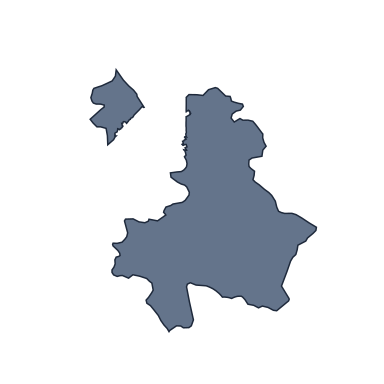 Rural Damascus, Rif Dimashq, Syria (Mercator projection), rotated 339°
{"feature_id": "27442178B80699161134092", "entity_name": "Rural Damascus", "entity_type": "district", "adm_level": 2, "iso_a3": "SYR", "parent_name": "Syria", "parent_adm1": "Rif Dimashq", "projection": "mercator", "projection_center": [36.292, 33.405], "detail": "fine", "context": "isolated", "style": "filled", "palette": "slate", "viewbox_px": 384, "rotation_deg": 339, "n_neighbors": 0, "source": "geoboundaries", "source_scale": "gbopen_adm2", "svg_char_len": 5549}
<svg xmlns="http://www.w3.org/2000/svg" viewBox="0 0 384 384"><g transform="rotate(339 192 192)"><path d="M197.5,155.8L198.1,160.3L197.5,163.8L195.9,166.5L194.4,167.5L192.1,168.6L189.4,169.1L188.6,168.9L185.2,167.9L178.7,166.4L177.7,170.7L181.9,177.4L184.8,180.7L187.6,182.9L188.9,185.4L189.4,191.3L188.1,193.8L182.6,197.4L179.2,198.2L169.9,196.4L167.4,197.0L162.3,196.7L159.2,199.4L158.2,200.8L158.9,202.5L159.3,204.1L149.5,206.6L142.1,202.0L140.8,203.6L137.0,203.8L131.8,200.9L127.4,196.0L120.2,193.5L118.6,194.8L117.3,207.1L115.0,210.4L112.3,212.1L108.7,213.8L103.7,213.1L100.0,211.5L99.1,212.5L99.0,214.1L101.8,219.9L102.6,223.2L102.1,225.5L100.4,225.9L97.9,225.6L95.7,227.7L94.5,231.6L92.2,234.2L89.4,236.1L88.5,238.4L89.1,241.3L91.9,244.0L94.8,244.3L97.1,245.0L101.9,249.7L107.2,248.1L109.3,249.5L111.1,250.6L113.3,252.1L118.7,256.5L120.3,260.1L121.9,262.6L120.6,269.7L118.3,271.6L113.7,274.8L110.4,276.5L110.0,279.7L112.5,283.2L114.1,288.1L116.3,295.2L116.9,301.0L118.2,306.2L119.9,310.5L120.5,314.1L121.6,313.3L129.6,311.4L133.5,313.1L135.3,315.7L140.5,317.5L143.4,316.7L147.5,311.9L150.2,293.8L152.9,278.6L154.6,276.4L157.9,276.1L162.4,280.3L171.5,284.6L172.3,285.2L173.0,285.9L173.8,286.6L174.5,287.3L175.1,287.9L175.8,288.7L176.5,289.4L177.1,290.2L177.7,291.0L178.3,291.9L178.9,292.7L179.4,293.6L179.9,294.5L180.4,295.4L180.9,296.3L181.3,297.2L181.7,298.2L182.1,299.1L182.4,300.1L182.7,301.0L183.8,301.4L184.3,301.6L185.0,301.8L185.5,302.1L186.1,302.4L187.1,302.9L188.1,303.5L189.0,304.1L189.5,304.5L190.0,304.9L190.9,305.6L191.6,305.5L192.2,305.5L192.8,305.4L193.4,305.4L194.0,305.4L194.7,305.4L195.3,305.5L195.9,305.5L196.5,305.6L197.1,305.7L197.8,305.9L198.4,306.1L200.6,306.9L201.6,308.2L202.9,311.5L204.0,316.8L209.0,319.9L212.6,324.0L216.8,323.7L221.6,327.0L225.6,331.6L228.5,333.2L243.1,328.3L244.2,327.1L244.4,326.2L241.8,311.9L252.3,300.1L259.2,291.9L262.7,289.1L266.5,287.6L269.5,283.6L271.8,279.6L280.6,278.6L283.4,276.3L290.2,274.0L293.9,272.3L295.5,269.5L290.4,263.0L285.3,255.8L281.0,250.4L277.6,247.7L270.8,245.2L268.0,243.2L265.9,241.0L265.7,236.5L266.5,230.4L265.2,223.8L263.6,220.2L260.6,215.5L257.2,209.2L254.6,205.4L253.3,202.4L255.9,198.8L257.8,195.0L255.4,191.1L254.4,188.7L255.0,186.2L256.7,182.6L260.3,181.8L270.1,183.7L273.1,178.3L277.6,175.8L277.0,171.5L277.4,166.8L278.9,163.2L278.5,162.1L276.4,154.6L275.5,151.6L274.1,147.7L271.1,145.7L270.1,145.0L265.2,143.2L263.1,140.6L256.5,141.8L255.0,137.0L257.5,133.6L262.3,132.3L266.5,132.9L270.6,130.5L270.6,128.0L267.2,125.9L263.3,123.0L261.4,121.2L261.8,118.3L261.8,116.4L257.8,114.5L253.1,104.4L251.2,102.9L244.1,102.4L239.6,104.5L236.9,105.8L231.3,102.9L224.1,100.0L220.5,101.6L220.3,102.3L219.5,104.3L218.4,107.2L215.9,113.5L215.5,114.5L215.4,115.0L216.0,114.8L216.8,114.6L217.8,114.3L218.0,114.8L218.3,115.5L218.6,115.4L218.6,115.5L218.8,116.2L218.8,116.3L218.5,116.4L218.6,116.7L218.6,117.1L219.0,118.0L218.9,118.2L218.7,118.2L218.5,118.3L218.3,118.2L218.0,118.3L218.0,119.0L217.1,119.1L215.0,119.5L214.1,119.6L213.5,119.6L212.5,122.2L212.0,123.5L211.5,124.6L210.6,126.9L210.3,127.7L210.1,128.1L210.0,128.5L209.9,128.8L209.8,129.3L209.7,129.6L209.4,130.5L209.2,131.0L208.5,132.7L208.5,132.9L208.3,133.7L208.0,134.5L207.8,134.8L207.3,135.2L207.2,135.4L207.1,135.5L206.8,136.2L206.8,136.4L206.7,136.6L206.7,137.0L206.6,137.3L206.5,137.9L206.4,138.0L206.5,138.2L206.5,138.3L206.6,138.7L206.4,138.6L206.0,138.1L205.8,138.1L205.6,138.0L205.0,137.9L204.9,137.9L204.7,138.1L204.8,138.6L204.9,139.1L205.5,140.5L205.1,140.6L204.6,140.7L203.8,140.7L203.5,140.7L203.4,140.7L203.2,140.8L203.0,141.0L202.7,141.2L202.7,141.3L201.4,141.3L201.4,142.8L201.3,143.7L200.8,143.8L200.2,143.8L199.8,143.9L199.9,144.1L200.1,144.8L200.4,145.3L201.9,145.2L202.5,145.2L202.7,145.3L203.4,145.4L203.6,145.5L203.6,145.8L203.5,147.6L203.5,148.1L203.0,148.1L202.7,148.1L201.8,148.2L201.3,148.3L201.4,148.5L201.6,149.2L201.8,150.2L202.0,151.1L201.8,151.1L201.6,151.1L201.3,151.0L200.8,150.6L199.4,149.6L199.4,149.8L200.2,150.4L200.0,151.8L200.1,153.0L199.7,154.5L199.8,155.1L199.7,155.3L199.3,155.8L197.7,156.1L197.5,155.8ZM177.6,95.8L175.0,83.2L175.5,80.9L173.9,75.9L170.9,70.2L168.0,62.9L165.0,50.8L162.0,56.4L157.3,59.7L145.7,60.5L142.7,60.3L137.6,60.1L135.9,61.4L134.2,64.2L132.8,65.9L131.4,67.7L131.2,71.2L131.8,73.6L134.0,75.5L138.2,77.2L141.2,79.4L140.4,81.2L136.7,82.3L123.0,87.6L124.4,92.2L126.6,97.1L130.0,98.4L134.6,101.8L133.2,109.1L130.3,117.7L137.5,115.1L139.7,113.2L140.0,113.0L141.3,112.5L140.9,112.3L140.4,112.0L140.2,111.9L140.3,111.8L140.6,111.3L140.4,111.0L140.6,110.7L140.8,110.6L140.8,110.1L140.9,109.8L141.1,109.5L141.5,109.4L142.1,109.2L143.5,109.1L143.8,108.8L144.0,108.5L144.5,107.9L144.7,107.6L145.0,107.0L145.3,106.3L145.8,106.7L146.1,106.9L146.3,107.5L146.5,107.8L146.9,107.7L147.2,107.6L147.5,107.4L147.8,107.5L148.0,107.6L148.3,107.3L148.7,107.0L149.2,106.8L149.5,106.9L149.9,106.6L150.3,106.3L150.8,106.1L151.1,105.8L151.1,105.6L150.6,105.2L150.6,104.9L151.0,104.5L150.9,104.2L150.9,103.9L150.9,103.7L151.0,103.3L151.0,102.7L151.3,102.8L151.5,102.9L151.8,102.9L152.1,102.9L152.4,102.7L152.5,102.4L152.7,102.1L152.9,101.9L153.1,101.8L153.5,101.8L153.8,101.9L154.1,102.1L154.7,102.7L155.0,102.8L155.1,103.0L155.4,103.6L155.4,104.3L155.5,104.5L157.7,103.2L157.8,103.2L159.5,102.0L160.5,102.1L160.8,101.7L161.0,101.4L161.8,101.1L162.4,101.2L162.6,101.2L163.0,101.0L163.6,100.9L163.8,100.8L164.0,100.7L164.3,100.4L165.5,99.4L172.2,96.4L176.0,94.4L176.5,94.9L177.1,95.7L177.3,95.8L177.5,95.8L177.6,95.8Z" fill="#64748b" stroke="#1e293b" stroke-width="1.5"/></g></svg>